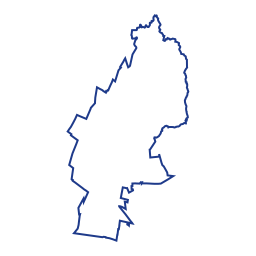 the district of Mineral de la Reforma, Hidalgo, Mexico
{"feature_id": "50627088B38454753665522", "entity_name": "Mineral de la Reforma", "entity_type": "district", "adm_level": 2, "iso_a3": "MEX", "parent_name": "Mexico", "parent_adm1": "Hidalgo", "projection": "equal_earth", "projection_center": [-98.711, 20.061], "detail": "fine", "context": "isolated", "style": "outline", "palette": "blue", "viewbox_px": 256, "rotation_deg": 0, "n_neighbors": 0, "source": "geoboundaries", "source_scale": "gbopen_adm2", "svg_char_len": 5529}
<svg xmlns="http://www.w3.org/2000/svg" viewBox="0 0 256 256"><path d="M186.9,59.7L186.3,59.1L186.0,58.8L185.9,57.8L185.8,57.5L185.8,56.7L185.6,56.3L185.3,56.1L184.3,55.5L184.0,54.9L183.9,54.7L183.7,54.3L183.1,54.2L182.8,54.2L181.2,53.9L181.0,52.8L180.6,51.8L179.6,50.1L179.3,49.6L179.3,49.0L180.2,47.3L180.2,46.9L180.2,46.6L180.0,46.2L179.4,45.6L178.9,45.3L178.7,45.0L179.0,43.4L179.0,43.1L177.2,42.1L176.2,41.8L175.3,41.7L175.4,40.9L175.5,40.6L175.4,39.4L175.3,39.2L175.0,39.1L172.7,38.6L171.9,39.0L171.3,39.1L170.5,39.5L170.1,39.6L169.9,39.4L169.7,38.9L169.4,38.7L168.7,38.8L168.5,38.7L168.1,38.3L167.7,38.0L167.2,38.4L166.9,39.2L166.8,39.4L166.6,39.4L166.2,39.2L165.9,39.2L165.8,39.7L165.5,40.0L165.0,40.8L164.6,40.9L164.1,40.7L163.7,40.4L163.3,40.2L164.3,36.0L163.2,35.9L163.2,35.2L163.0,34.7L162.4,34.0L162.0,33.1L161.0,32.8L160.3,32.4L159.7,31.8L159.4,31.4L159.5,31.0L159.7,30.6L160.1,30.2L160.3,29.7L160.1,29.3L159.5,28.9L159.1,27.9L159.1,27.2L159.4,26.4L160.4,25.1L160.5,24.5L159.9,23.4L159.5,22.8L158.3,20.7L158.1,20.1L158.0,19.5L158.1,18.9L158.2,18.7L158.1,18.4L157.2,17.6L156.3,16.1L156.6,16.3L156.8,16.2L156.7,15.6L156.3,15.4L156.1,15.4L155.9,15.5L155.3,16.1L155.0,16.3L154.7,16.2L154.5,15.8L154.2,16.2L153.8,16.7L153.5,17.2L153.4,18.0L153.4,18.4L153.6,19.6L153.6,20.0L153.4,20.5L153.1,20.9L152.8,21.1L152.4,21.1L152.1,20.9L151.8,20.9L151.6,21.0L151.6,22.5L151.4,22.7L151.2,22.7L150.2,22.7L149.9,22.8L149.8,23.0L149.8,23.3L149.9,24.1L149.9,25.0L149.6,25.6L148.9,26.4L148.8,26.7L148.6,27.0L147.7,27.0L146.8,26.2L146.2,25.3L145.9,25.3L145.5,26.0L145.3,27.0L144.9,27.5L144.6,27.6L144.0,27.2L143.6,27.1L143.0,27.0L142.6,27.0L141.8,27.3L141.5,27.3L141.3,27.2L141.3,26.3L141.3,26.0L141.2,25.6L141.0,25.3L140.7,24.9L140.3,24.7L140.1,24.8L140.0,25.0L140.0,26.0L139.8,26.6L139.7,26.9L139.3,27.5L138.9,27.6L138.0,27.7L137.4,27.9L137.2,27.9L137.1,28.1L137.0,28.3L137.0,29.1L136.8,29.7L136.7,30.0L136.4,30.1L135.9,30.1L134.2,30.1L132.1,30.1L131.6,34.1L131.3,35.0L131.6,35.3L131.8,35.8L131.9,36.6L132.0,37.9L132.1,38.4L132.4,38.7L132.6,38.7L134.3,38.4L134.8,38.5L135.6,38.3L135.8,38.1L136.2,37.6L136.4,37.4L136.8,37.5L137.0,38.0L136.9,38.4L136.7,38.7L136.3,39.3L135.6,39.9L135.3,40.4L134.3,43.5L134.2,43.9L134.2,44.2L134.3,44.6L134.8,45.5L135.0,45.8L135.9,46.7L136.2,47.1L136.3,47.4L136.3,47.8L136.3,48.2L133.2,53.3L132.5,54.5L130.1,65.4L129.9,65.9L129.8,66.1L129.5,66.4L128.2,67.3L126.9,63.6L125.2,58.3L124.1,60.1L123.5,61.4L120.1,67.0L120.9,67.6L118.5,70.3L115.1,81.4L112.9,79.5L111.8,82.4L110.6,84.9L109.6,87.1L108.2,90.4L107.5,90.2L106.6,91.6L106.1,91.3L105.8,92.6L103.1,90.9L102.7,90.4L101.7,89.8L100.2,89.1L97.0,87.3L95.3,97.6L95.0,102.3L95.0,103.2L90.9,107.8L90.4,109.3L86.3,118.9L79.4,116.0L77.0,114.9L75.2,118.9L73.1,122.9L70.9,126.9L69.2,129.2L67.7,131.5L71.4,134.2L70.9,135.3L77.7,140.3L76.1,144.5L74.4,148.7L72.5,153.4L69.2,165.0L73.2,168.1L71.6,179.2L72.8,180.0L72.5,180.6L72.8,180.9L75.1,182.5L82.8,188.3L84.0,189.3L85.9,190.5L88.1,192.2L83.8,201.7L83.5,198.6L82.1,201.1L78.4,207.9L79.1,214.4L80.1,214.2L79.7,215.8L79.0,221.3L78.6,224.9L77.7,228.6L74.0,233.2L102.5,237.2L103.6,236.8L105.7,237.1L105.9,237.6L109.4,238.2L112.6,239.2L116.4,240.6L117.3,234.7L117.5,234.7L118.2,229.1L118.8,229.2L119.4,225.5L119.3,225.4L119.9,220.7L127.5,222.4L127.3,224.5L128.7,225.3L128.9,225.5L129.1,222.8L132.5,223.5L132.1,222.9L130.6,221.1L125.5,214.3L119.2,206.5L119.2,206.2L120.2,206.3L121.8,206.8L125.7,209.0L124.8,201.7L127.5,202.4L127.9,199.9L120.8,198.0L122.8,187.4L126.8,188.2L127.1,188.1L129.0,192.6L133.0,190.4L132.8,189.3L131.6,189.0L131.5,186.1L132.4,186.0L132.4,183.5L135.2,183.4L139.6,183.6L140.3,182.8L140.9,182.2L141.4,182.5L142.2,182.3L142.1,183.3L142.4,183.0L142.2,183.4L146.6,183.4L154.3,183.8L158.3,183.8L160.8,183.6L168.3,179.2L173.2,176.1L167.6,175.4L167.2,172.5L164.7,168.0L163.7,166.3L162.4,165.2L161.5,162.7L159.1,154.1L159.3,156.6L150.3,157.5L149.7,149.9L149.8,149.9L155.3,141.6L154.6,139.0L154.3,138.7L154.2,138.3L154.5,137.4L155.4,137.4L156.0,137.5L156.5,137.6L157.6,137.0L159.0,136.0L159.8,134.7L160.4,133.9L160.8,133.0L161.1,131.6L161.4,131.2L162.2,130.9L162.3,130.3L162.3,129.8L162.1,129.5L162.0,129.4L162.3,128.6L162.5,128.2L163.7,127.5L165.0,126.2L166.2,125.8L166.6,125.8L166.9,125.9L167.1,126.1L167.3,126.4L167.4,126.5L167.6,126.6L168.2,126.6L168.4,127.3L168.7,127.1L169.5,127.0L170.1,127.0L171.7,127.0L172.0,127.0L173.4,127.1L174.2,127.5L174.8,127.4L175.2,127.2L175.6,127.2L175.9,127.0L176.1,126.8L176.6,126.8L177.0,126.6L177.4,126.5L178.5,126.5L179.6,125.9L180.0,125.4L180.3,124.9L181.1,124.3L182.3,124.1L182.9,124.0L183.9,123.2L184.5,123.0L185.2,123.2L185.6,123.4L185.9,123.4L185.8,121.6L185.8,121.1L185.9,120.8L186.6,120.7L186.9,119.5L186.7,119.2L186.3,119.1L186.1,119.2L186.4,118.5L186.6,118.4L186.9,118.1L187.3,117.8L187.5,117.5L187.8,117.4L187.7,116.1L187.0,114.1L186.6,112.5L186.7,111.8L186.4,111.3L186.3,110.8L186.1,109.4L186.1,108.7L186.1,108.3L186.2,107.6L186.4,106.7L186.3,105.7L185.7,104.6L185.0,102.2L184.9,100.2L185.4,99.3L185.7,98.2L185.9,97.8L186.4,97.2L186.5,96.4L187.1,95.8L187.3,95.1L187.5,93.5L187.6,92.8L187.8,92.4L188.1,92.2L188.3,91.5L187.5,89.3L187.4,88.6L187.1,88.2L186.9,87.8L186.9,87.3L187.0,86.9L187.2,86.1L187.2,84.3L187.0,83.6L186.9,83.4L186.5,83.5L186.4,83.3L186.5,82.2L185.9,82.0L185.7,81.8L185.7,80.3L185.5,79.4L185.6,78.7L186.0,78.0L186.2,77.7L185.9,75.6L185.6,75.3L185.5,74.9L185.3,74.6L185.3,74.2L185.1,73.7L184.3,73.0L184.2,72.6L184.9,70.8L185.8,69.2L186.6,68.2L187.1,67.4L187.0,67.1L186.9,59.9L186.9,59.7Z" fill="none" stroke="#1e3a8a" stroke-width="2"/></svg>